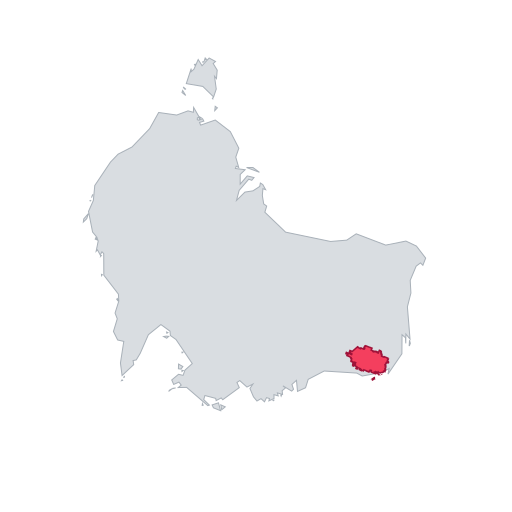 Ashburton, Western Australia, Australia (highlighted), rotated 202°
{"feature_id": "25037944B95548638033328", "entity_name": "Ashburton", "entity_type": "district", "adm_level": 2, "iso_a3": "AUS", "parent_name": "Australia", "parent_adm1": "Western Australia", "projection": "mercator", "projection_center": [115.241, -22.235], "detail": "fine", "context": "in_parent", "style": "filled", "palette": "rose", "viewbox_px": 512, "rotation_deg": 202, "n_neighbors": 0, "source": "geoboundaries", "source_scale": "gbopen_adm2", "svg_char_len": 8147}
<svg xmlns="http://www.w3.org/2000/svg" viewBox="0 0 512 512"><g transform="rotate(202 256 256)"><path d="M341.6,106.0L346.6,127.3L352.8,126.3L359.9,132.6L361.1,145.8L365.3,150.3L366.3,162.7L369.3,169.1L389.9,181.2L398.1,201.2L400.4,202.2L400.8,198.6L405.3,202.3L406.0,200.5L407.9,210.7L410.6,213.8L416.5,217.0L428.0,234.6L427.6,246.5L431.9,261.0L426.1,288.6L422.0,298.8L411.8,310.6L402.3,334.3L400.0,352.6L382.3,357.0L373.4,365.1L367.9,365.8L369.5,370.4L360.8,363.6L362.1,362.1L361.5,360.4L359.9,360.4L357.0,363.3L354.9,361.5L358.4,358.7L356.4,356.6L344.7,366.8L326.4,361.7L312.3,349.5L311.8,340.1L305.2,331.6L308.0,331.9L307.9,329.4L298.4,331.9L301.2,325.7L297.6,316.7L294.1,327.0L287.2,328.0L288.3,324.6L291.5,324.5L296.2,310.6L294.9,300.2L290.2,311.1L283.2,315.3L278.6,321.9L279.3,325.3L276.5,324.8L271.9,321.1L274.8,321.0L272.8,314.5L268.4,307.2L264.8,306.3L264.2,299.9L237.5,289.2L192.3,297.4L177.8,304.7L171.4,314.1L139.8,314.7L122.6,326.0L111.0,325.3L97.9,317.6L97.8,309.9L100.9,311.2L103.7,306.6L103.9,291.2L98.5,279.7L96.6,265.6L82.1,236.7L87.8,239.8L84.4,231.1L86.8,236.2L91.1,237.7L84.1,220.0L89.4,195.9L90.4,201.6L95.3,195.4L112.6,184.5L118.7,185.2L149.7,174.9L161.4,161.2L160.7,152.4L166.8,146.0L171.9,155.9L174.6,150.4L171.3,146.5L172.3,144.1L182.4,145.7L179.2,144.8L181.3,140.9L179.5,137.6L184.9,137.1L183.0,134.6L187.4,134.2L185.9,130.6L189.8,126.5L190.1,128.9L193.2,128.6L193.5,124.0L197.9,125.6L200.8,121.9L205.6,124.5L212.0,130.9L210.9,136.1L215.3,131.1L224.4,134.4L226.3,131.6L222.2,127.7L233.0,110.3L235.1,111.4L238.8,107.0L240.0,108.9L251.1,107.5L250.7,103.3L243.4,100.3L244.6,99.2L271.1,108.2L278.8,104.9L277.0,108.3L280.2,110.2L284.2,106.1L287.7,109.5L283.5,117.3L278.9,118.0L279.1,123.6L274.8,132.4L298.9,148.6L305.6,150.2L307.6,154.1L318.5,156.8L326.3,142.7L326.9,122.4L328.1,114.8L330.8,113.0L328.7,109.5L335.4,95.0L341.6,106.0ZM354.9,387.6L368.8,393.3L385.2,389.7L386.3,405.5L385.2,402.6L383.5,406.0L383.2,416.5L377.3,412.2L373.6,422.0L366.4,421.2L367.8,418.4L361.6,413.8L359.1,405.6L361.8,407.1L355.4,395.9L354.9,387.6ZM230.9,99.3L238.6,99.3L240.9,101.5L235.8,105.8L230.9,99.3ZM284.2,334.9L297.9,334.5L292.0,336.9L284.2,334.9ZM285.7,122.4L287.3,126.8L282.4,126.1L283.2,123.0L285.7,122.4ZM427.3,232.5L426.9,227.2L428.8,222.8L429.6,225.9L427.3,232.5ZM381.3,378.5L385.9,379.9L386.0,382.0L381.3,378.5ZM230.2,100.6L232.9,104.8L228.0,104.6L230.2,100.6ZM349.9,379.5L347.3,378.9L348.7,375.3L349.9,379.5ZM311.5,146.7L309.2,148.1L306.8,148.8L308.0,146.3L311.5,146.7ZM82.1,235.4L80.2,232.8L80.1,230.4L80.4,230.3L82.1,235.4ZM385.0,384.1L386.8,385.5L383.4,384.3L385.0,384.1ZM409.6,211.4L411.4,211.4L411.3,213.7L409.6,211.4ZM366.9,162.5L369.0,163.8L368.6,164.6L366.9,162.5ZM377.1,418.0L377.3,420.6L375.6,419.8L377.1,418.0ZM430.4,248.5L430.5,251.5L430.3,251.5L430.4,248.5ZM250.4,99.1L249.1,97.9L249.9,97.3L250.4,99.1ZM285.9,99.3L284.1,101.5L286.3,97.7L285.9,99.3ZM430.6,245.0L429.7,245.9L430.3,244.9L430.6,245.0ZM288.7,139.1L287.7,139.5L288.2,138.5L288.7,139.1ZM281.9,122.3L280.6,122.6L281.4,121.2L281.9,122.3ZM101.6,184.7L101.2,186.5L100.6,186.4L101.6,184.7ZM333.1,94.0L333.1,95.5L332.6,94.4L333.1,94.0ZM359.9,361.3L360.3,362.4L359.8,362.0L359.9,361.3ZM283.6,102.1L281.1,103.6L283.7,101.7L283.6,102.1ZM186.1,128.4L185.1,129.5L185.7,128.3L186.1,128.4ZM378.1,416.1L377.2,416.6L377.7,415.6L378.1,416.1ZM310.4,152.0L309.0,152.0L309.7,151.0L310.4,152.0ZM180.9,136.3L180.2,136.9L180.2,135.5L180.9,136.3ZM384.8,410.6L383.6,411.3L384.0,409.9L384.8,410.6ZM334.0,90.0L333.8,91.0L333.1,90.6L334.0,90.0ZM359.3,362.8L360.4,363.9L358.5,363.6L359.3,362.8ZM392.4,181.1L391.5,181.1L391.8,179.9L392.4,181.1ZM400.0,198.4L399.5,198.4L399.9,197.5L400.0,198.4ZM355.5,385.8L355.2,386.7L354.9,385.5L355.5,385.8Z" fill="#d9dde1" stroke="#a8b0b8" stroke-width="1"/><path d="M124.4,190.5L124.4,193.8L124.7,193.8L124.7,194.5L123.6,194.5L123.6,192.2L123.1,192.2L123.1,191.2L121.2,191.2L121.2,189.1L119.9,189.1L119.9,190.6L117.0,190.6L117.0,190.1L117.7,190.1L117.7,189.4L116.4,189.4L116.4,190.1L115.9,190.1L115.9,189.5L116.1,189.5L116.1,189.2L115.3,189.2L115.3,189.7L113.4,189.7L113.4,190.9L110.4,190.9L110.4,190.7L108.0,190.7L108.0,191.4L107.5,191.4L107.5,192.7L106.6,192.7L106.6,193.1L106.2,193.1L106.2,192.2L105.5,191.8L105.5,191.5L102.6,191.5L102.7,191.8L102.8,191.7L102.7,191.8L102.8,191.8L102.7,191.8L102.7,192.0L102.7,191.8L102.3,191.9L102.3,192.0L102.2,192.1L102.3,192.1L102.2,192.2L102.3,192.2L102.2,192.2L102.1,192.3L102.3,192.5L102.2,192.5L102.1,192.8L102.0,192.7L102.0,192.8L101.9,192.5L101.9,192.8L101.8,192.7L101.7,192.7L101.8,192.8L101.7,192.7L101.8,192.6L101.6,192.7L101.7,192.8L101.7,192.7L101.6,192.8L101.6,192.7L101.5,192.8L101.6,192.7L101.4,192.6L101.1,192.8L101.4,192.7L101.5,192.8L101.3,192.8L101.1,192.8L100.7,193.1L100.8,193.3L100.7,193.3L100.7,193.2L100.4,193.3L100.0,193.2L100.0,193.3L99.9,193.2L100.0,193.2L99.9,193.1L99.9,193.3L99.7,193.3L99.7,193.5L99.7,193.3L99.6,193.5L99.4,193.4L99.2,193.5L99.3,193.6L99.2,193.6L99.1,193.9L99.0,193.7L98.8,193.6L98.3,194.0L98.1,194.1L97.7,194.1L97.4,194.2L97.6,194.0L97.3,194.2L97.1,194.1L96.6,194.6L95.9,195.1L95.4,195.2L95.1,195.4L95.2,195.5L95.1,195.8L95.2,195.5L95.0,195.4L94.8,195.6L94.7,196.2L94.8,196.3L94.9,196.2L94.8,196.3L94.7,196.3L94.5,196.5L94.6,196.8L94.5,196.7L94.4,197.1L94.4,196.9L94.3,197.1L94.2,197.0L94.1,197.3L94.0,197.2L93.9,197.5L94.0,197.7L93.9,197.6L93.7,197.7L93.7,197.8L93.8,197.8L93.7,197.9L93.7,198.0L93.8,197.9L93.8,198.0L93.7,198.0L93.8,198.2L93.7,198.4L93.7,198.2L93.5,198.3L93.6,198.5L93.5,198.4L93.6,198.8L93.5,198.6L93.4,198.6L93.1,198.5L93.4,198.8L93.5,199.1L93.4,199.1L93.2,198.9L93.2,199.1L93.4,199.4L93.0,199.3L93.3,199.5L93.1,199.5L92.9,199.6L94.0,199.6L94.0,201.8L94.7,201.8L94.7,203.3L95.7,203.3L95.7,203.7L95.3,204.5L95.0,205.5L95.3,205.5L95.3,205.8L94.9,205.8L94.8,206.1L94.4,206.1L94.4,206.6L93.3,206.6L93.3,207.1L93.9,207.1L93.9,207.6L95.0,207.6L95.0,208.5L94.7,208.5L94.7,210.1L95.6,210.1L95.6,210.7L99.5,210.7L99.5,210.1L102.0,210.1L102.0,211.0L102.4,211.0L102.4,211.8L103.1,211.8L103.1,212.8L103.9,212.8L103.9,213.4L104.1,213.4L104.1,214.3L104.5,214.3L104.6,214.6L105.4,214.6L105.4,214.8L106.3,214.8L106.3,211.8L107.1,211.8L107.1,212.1L107.7,212.1L107.7,212.4L108.1,212.4L108.1,212.6L109.1,212.6L109.1,212.0L110.8,212.0L110.8,211.2L111.7,211.2L111.7,211.8L113.9,211.8L113.9,214.0L115.5,214.0L115.5,213.9L120.6,213.9L120.6,213.4L121.3,213.4L121.3,212.8L121.6,212.2L121.6,211.4L120.8,211.4L120.8,211.0L120.6,211.0L120.6,210.5L121.3,210.5L121.3,210.0L122.4,210.0L123.7,210.1L123.7,209.9L124.5,209.9L124.5,209.2L125.2,209.2L125.2,209.4L127.5,209.4L127.5,210.5L131.0,203.6L133.5,203.6L133.5,202.1L132.6,202.1L132.6,201.4L131.3,201.4L131.3,201.1L130.4,201.1L130.4,200.4L131.3,200.4L131.3,200.7L133.5,200.7L133.5,200.4L136.1,200.5L136.1,199.8L135.9,199.8L135.9,199.1L135.7,199.1L134.0,199.0L134.0,198.7L134.4,198.7L134.4,197.7L132.3,197.7L130.1,197.5L130.1,197.4L129.8,197.4L129.8,196.7L128.9,196.7L128.9,195.3L128.4,195.3L128.4,194.9L128.6,194.9L128.6,194.2L128.1,194.2L128.1,193.8L127.0,193.8L127.0,194.1L126.0,194.1L126.0,193.4L125.5,193.4L125.5,192.7L125.8,192.7L125.8,192.3L125.6,192.3L125.6,191.3L125.1,191.3L125.1,192.2L124.5,192.2L124.5,191.6L124.8,191.6L124.8,190.9L125.1,190.9L125.1,190.5L124.4,190.5ZM100.6,186.0L100.5,186.4L100.6,186.7L100.8,186.5L101.0,186.6L101.1,186.8L101.3,186.7L101.5,186.5L101.5,186.2L101.7,185.9L101.8,185.9L101.9,185.7L102.0,185.6L101.9,185.3L102.0,185.3L101.8,184.9L101.6,184.7L101.1,185.3L100.9,185.5L100.6,186.0ZM93.5,197.2L93.8,197.6L93.9,197.3L93.9,197.1L93.6,197.0L93.5,197.2ZM101.5,192.6L101.9,192.3L101.6,192.4L101.5,192.6ZM97.6,192.0L98.0,192.1L97.8,191.9L97.6,192.0ZM102.0,192.4L102.0,192.7L102.0,192.4ZM99.7,193.3L100.0,193.0L99.8,193.0L99.7,193.3ZM100.6,187.0L100.7,186.9L100.6,187.0ZM95.1,193.6L95.1,193.4L94.9,193.2L95.1,193.5L95.1,193.6ZM94.1,197.0L94.2,196.9L94.1,197.0ZM100.7,187.5L100.8,187.4L100.6,187.3L100.7,187.5ZM101.1,191.9L101.0,192.0L101.1,191.9ZM100.9,192.2L101.0,192.2L100.9,192.1L100.9,192.2ZM101.4,192.5L101.5,192.5L101.5,192.4L101.4,192.5L101.4,192.5ZM102.7,184.4L102.8,184.6L102.7,184.4ZM93.4,198.1L93.4,198.3L93.4,198.1Z" fill="#f43f5e" stroke="#9f1239" stroke-width="1.5"/></g></svg>